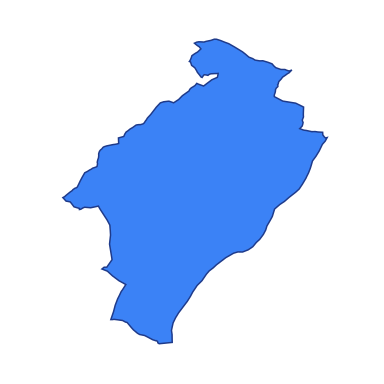 Ezinihitte, Imo, Nigeria, rotated 7°
{"feature_id": "59680162B50771081897552", "entity_name": "Ezinihitte", "entity_type": "district", "adm_level": 2, "iso_a3": "NGA", "parent_name": "Nigeria", "parent_adm1": "Imo", "projection": "orthographic", "projection_center": [7.323, 5.469], "detail": "fine", "context": "isolated", "style": "filled", "palette": "blue", "viewbox_px": 384, "rotation_deg": 7, "n_neighbors": 0, "source": "geoboundaries", "source_scale": "gbopen_adm2", "svg_char_len": 3718}
<svg xmlns="http://www.w3.org/2000/svg" viewBox="0 0 384 384"><g transform="rotate(7 192 192)"><path d="M319.5,121.5L318.0,122.1L316.7,121.3L315.6,120.1L314.9,119.4L314.4,116.8L309.6,117.1L306.9,117.0L303.5,117.5L298.0,117.0L295.4,117.0L291.2,116.0L293.3,113.2L293.6,111.7L293.8,109.5L293.0,108.0L292.7,107.1L293.5,103.9L293.2,102.4L293.0,101.0L292.8,98.9L292.4,94.1L284.1,91.2L271.0,90.7L262.1,87.3L261.9,86.7L262.0,84.7L262.3,83.8L262.5,82.2L262.5,81.3L262.4,80.2L263.1,78.4L264.1,77.3L264.4,76.8L264.3,76.0L264.0,75.4L263.9,75.2L264.2,74.7L264.4,74.2L264.5,73.8L264.4,73.3L264.7,72.0L265.0,71.4L265.9,70.2L266.9,68.8L267.8,67.1L268.1,66.8L270.5,64.7L272.3,63.0L273.2,62.3L274.0,61.7L274.6,60.8L275.4,59.8L275.5,59.6L276.3,58.7L273.7,60.1L270.6,59.5L270.0,59.2L269.1,59.1L268.0,59.2L265.8,59.5L265.1,59.5L260.0,58.4L258.0,57.0L255.8,55.0L251.6,54.0L246.3,53.1L243.3,53.6L238.5,53.4L236.0,52.2L232.0,51.2L228.3,48.7L225.0,46.7L216.6,42.9L210.4,40.3L206.5,39.4L202.0,38.2L197.8,37.4L195.5,37.6L192.3,39.2L187.3,40.9L185.7,41.7L182.5,41.9L180.4,42.1L178.4,42.7L176.3,44.0L177.8,45.0L179.6,46.1L181.5,47.0L183.4,48.9L181.9,50.7L180.4,52.5L179.1,53.4L177.3,54.9L175.3,56.7L174.8,59.3L174.2,61.3L173.5,62.8L174.6,63.0L175.7,65.3L176.2,66.4L176.8,66.7L177.7,67.2L179.7,68.4L181.9,71.2L182.8,72.6L185.0,74.7L187.0,76.8L188.1,77.1L188.7,75.8L189.8,74.1L191.9,74.1L193.6,74.3L194.7,73.2L196.2,72.4L197.9,72.1L199.5,71.8L201.4,71.5L201.7,71.5L203.5,71.1L203.5,72.3L203.2,75.1L198.0,78.2L190.6,85.4L185.3,84.2L183.5,83.6L182.0,86.0L179.8,87.8L178.6,88.7L177.3,90.3L176.7,92.1L170.7,97.6L167.5,101.8L162.9,105.7L158.3,104.7L157.3,104.8L152.9,105.9L149.7,107.4L146.2,112.2L144.1,115.8L142.5,118.5L141.5,120.2L139.6,122.8L138.7,124.1L137.8,126.1L137.1,127.2L136.2,129.2L135.0,130.4L132.7,131.4L131.0,131.6L129.1,132.1L128.3,132.4L125.3,135.2L122.9,137.0L120.9,139.1L119.3,140.5L118.2,142.8L117.8,144.3L117.5,145.2L112.4,147.3L113.3,152.8L111.6,153.5L109.7,154.1L108.0,154.5L105.1,155.5L101.8,156.6L99.2,157.8L98.2,158.6L97.4,160.0L96.0,161.5L95.2,162.9L94.8,164.7L94.7,165.6L95.0,167.4L95.0,169.6L94.6,171.3L94.4,172.8L94.3,174.0L94.8,175.5L94.6,178.3L93.9,178.8L91.9,179.8L90.4,180.5L89.3,181.6L87.9,182.5L85.7,184.3L83.2,186.0L81.3,190.5L79.7,194.7L78.5,198.3L77.6,200.9L76.9,201.8L75.4,202.5L73.5,204.2L72.9,205.2L70.9,207.0L68.6,209.4L66.9,211.2L66.3,212.0L64.5,213.3L68.1,216.4L70.1,216.5L72.4,216.7L73.8,218.1L76.7,221.1L79.6,221.6L82.2,222.0L82.4,223.1L83.7,222.7L85.7,221.1L87.3,220.2L93.3,220.0L97.1,218.7L100.8,217.4L102.9,220.3L111.2,230.2L114.5,234.9L115.6,240.3L116.4,244.7L116.5,253.7L120.9,268.9L116.6,277.0L113.9,277.4L112.0,279.4L117.7,280.9L123.4,285.0L130.4,289.0L137.6,291.9L134.8,297.8L133.9,299.3L132.6,303.3L131.2,307.2L129.6,313.7L128.7,320.4L127.0,328.5L128.7,328.3L130.1,327.9L133.9,327.9L138.8,328.0L141.8,329.2L143.5,329.4L148.4,334.0L150.7,336.0L155.0,338.8L157.3,339.8L162.4,340.2L165.2,341.2L170.9,343.4L174.4,344.1L174.7,343.9L176.0,344.5L176.5,345.9L177.9,346.6L190.7,343.7L190.2,340.4L189.6,336.0L188.5,331.9L188.7,329.3L189.2,324.2L191.0,318.9L193.4,313.6L198.2,305.3L200.6,301.2L203.1,295.9L204.9,291.2L206.6,287.9L208.5,284.1L212.7,278.8L216.3,271.8L218.7,268.2L222.3,264.7L225.2,261.2L228.8,257.7L233.6,253.0L238.7,249.2L240.7,247.7L244.8,245.9L249.5,245.4L254.9,242.5L259.0,238.9L262.0,234.2L265.0,230.7L268.0,225.4L269.8,220.7L270.5,216.6L272.3,212.4L273.2,210.3L274.7,206.5L276.0,199.1L276.0,198.9L280.8,193.6L284.9,190.1L289.1,185.4L295.0,179.5L298.0,176.0L300.2,171.6L300.4,171.3L303.5,164.2L303.9,162.8L305.3,158.9L306.5,154.2L307.1,150.9L307.8,146.5L310.8,141.2L310.9,140.9L313.2,135.9L315.6,128.8L318.0,125.3L319.5,121.5Z" fill="#3b82f6" stroke="#1e3a8a" stroke-width="1.5"/></g></svg>